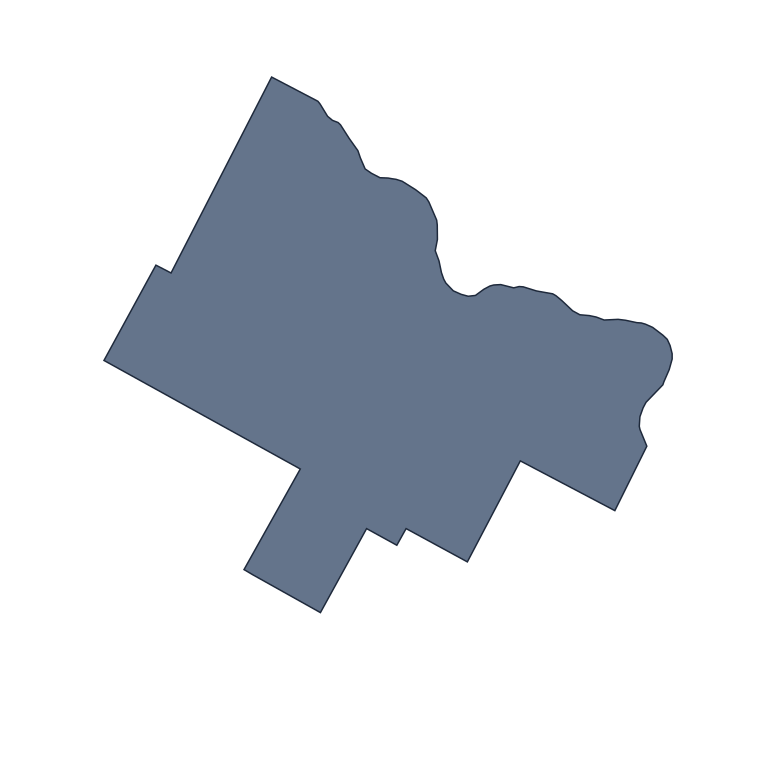 the district of Gallia, Ohio, United States of America, rotated 294°
{"feature_id": "52423323B24958589312778", "entity_name": "Gallia", "entity_type": "district", "adm_level": 2, "iso_a3": "USA", "parent_name": "United States of America", "parent_adm1": "Ohio", "projection": "robinson", "projection_center": [-82.227, 38.809], "detail": "fine", "context": "isolated", "style": "filled", "palette": "slate", "viewbox_px": 768, "rotation_deg": 294, "n_neighbors": 0, "source": "geoboundaries", "source_scale": "gbopen_adm2", "svg_char_len": 1167}
<svg xmlns="http://www.w3.org/2000/svg" viewBox="0 0 768 768"><g transform="rotate(294 384 384)"><path d="M156.3,342.2L149.3,418.9L244.8,426.9L241.9,461.3L260.9,463.0L255.4,532.5L369.2,539.8L362.2,646.4L434.1,649.4L446.5,636.4L449.2,634.4L458.2,631.1L467.5,630.4L473.8,630.8L496.7,639.1L499.8,638.8L513.1,638.7L524.0,637.1L528.9,634.9L535.5,629.7L540.0,624.6L542.0,619.0L545.0,606.4L545.0,598.5L544.4,594.2L542.9,590.1L540.5,578.8L538.3,571.6L532.0,559.1L531.5,550.6L530.0,543.7L526.9,534.7L527.6,526.5L532.5,512.6L534.6,505.2L535.0,501.4L532.9,493.0L531.0,485.3L529.4,471.7L528.0,467.8L524.6,463.4L522.3,450.2L519.1,444.0L516.6,440.9L511.2,436.7L502.1,431.5L498.4,425.2L497.3,418.0L497.3,409.4L501.4,399.4L504.1,395.9L509.1,391.2L518.8,384.2L526.6,376.6L537.8,374.0L550.9,368.0L555.1,365.5L568.5,351.0L571.2,346.9L574.3,334.1L576.6,318.1L575.9,311.8L574.8,307.9L573.8,303.9L570.8,296.4L571.4,286.8L572.8,279.3L580.9,270.5L586.5,265.3L594.2,252.3L603.1,238.8L604.2,235.7L603.9,229.7L605.6,223.6L613.8,211.7L615.4,208.6L618.7,156.5L398.8,144.3L399.8,127.3L291.6,118.6L272.3,342.1L157.5,331.6L156.3,342.2Z" fill="#64748b" stroke="#1e293b" stroke-width="1.5"/></g></svg>